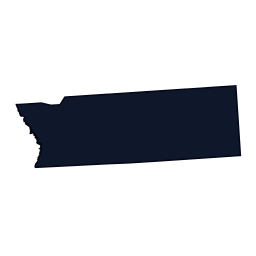 Copo, Santiago del Estero, Argentina, rotated 356°
{"feature_id": "61730980B42398597949751", "entity_name": "Copo", "entity_type": "district", "adm_level": 2, "iso_a3": "ARG", "parent_name": "Argentina", "parent_adm1": "Santiago del Estero", "projection": "natural_earth1", "projection_center": [-63.674, -25.942], "detail": "fine", "context": "isolated", "style": "filled", "palette": "ink", "viewbox_px": 256, "rotation_deg": 356, "n_neighbors": 0, "source": "geoboundaries", "source_scale": "gbopen_adm2", "svg_char_len": 4717}
<svg xmlns="http://www.w3.org/2000/svg" viewBox="0 0 256 256"><g transform="rotate(356 128 128)"><path d="M238.2,163.2L238.5,93.5L67.2,92.8L61.8,100.1L52.7,100.0L43.3,97.1L21.9,97.0L17.5,96.8L18.3,96.9L18.6,97.0L18.6,97.6L18.6,98.0L19.0,98.0L19.1,98.4L18.9,98.5L18.9,99.0L19.0,99.5L19.5,100.2L19.5,100.5L20.0,100.6L20.0,101.5L19.9,101.7L19.8,101.9L19.9,102.0L19.7,102.5L19.7,103.0L20.0,103.5L20.3,103.6L20.3,103.8L20.4,104.0L20.5,104.2L20.6,104.3L20.8,104.3L21.1,104.7L21.2,104.9L21.3,105.5L21.0,106.2L21.4,106.5L21.5,106.7L21.5,107.0L21.5,107.4L21.6,107.8L21.9,108.0L22.0,108.0L22.3,107.9L22.3,108.0L22.2,108.3L22.2,108.5L22.5,108.6L22.7,108.3L22.9,108.2L23.3,108.3L23.5,108.2L24.0,108.3L24.2,108.8L24.6,108.8L24.9,108.9L25.1,109.2L25.3,109.6L25.5,109.7L25.6,110.3L25.5,110.5L25.4,110.6L25.3,111.1L25.0,111.4L25.1,111.5L25.0,111.8L24.9,112.1L24.7,112.3L24.7,112.6L24.9,112.8L24.9,113.0L24.8,113.4L24.8,113.6L25.0,113.7L25.0,114.1L25.4,114.1L25.8,114.1L25.6,114.4L25.6,114.5L25.8,114.7L26.2,114.6L26.3,114.8L26.3,115.0L26.5,115.4L26.5,115.9L26.6,116.1L26.5,116.4L26.4,116.5L26.6,116.6L27.3,116.4L27.4,116.6L27.6,116.6L27.7,116.8L27.6,117.3L27.2,117.2L27.1,117.3L27.5,117.5L28.0,117.7L28.0,117.8L27.8,117.9L27.8,118.0L28.2,118.3L28.3,118.2L28.1,118.0L28.1,117.8L28.3,117.7L28.5,117.6L28.5,117.9L28.5,118.1L28.8,118.2L29.0,118.9L29.3,119.0L29.5,119.2L30.0,119.2L30.1,119.3L29.9,119.5L30.1,120.2L30.2,120.3L30.8,120.5L30.7,120.8L30.7,121.0L30.9,121.1L31.0,121.1L31.1,121.3L31.1,121.7L31.0,121.8L30.4,121.8L30.4,122.0L30.5,122.1L30.8,122.0L31.0,122.4L31.1,122.6L31.4,122.9L31.5,123.0L31.4,123.3L31.0,122.9L30.8,122.9L30.8,123.1L30.6,123.4L30.6,123.7L30.7,123.8L30.8,124.0L30.7,124.2L30.8,124.4L30.7,125.1L30.4,125.7L30.2,126.1L30.2,126.6L30.4,126.6L30.6,126.6L30.7,126.4L30.6,126.2L30.8,126.1L30.8,125.9L30.8,125.6L30.9,125.4L30.8,125.1L30.9,124.9L31.0,124.8L31.4,124.6L31.5,124.6L31.3,125.1L31.2,125.3L31.4,125.5L31.5,125.4L32.0,125.5L32.4,125.3L32.5,124.9L32.8,124.7L32.9,124.8L32.9,125.0L32.9,125.3L32.9,125.5L32.6,125.8L32.5,126.0L32.8,125.9L33.0,126.0L33.3,126.1L33.4,126.3L33.3,126.5L33.4,127.1L33.5,127.1L34.0,126.5L34.1,126.9L34.1,127.0L34.3,127.1L34.3,127.3L34.1,127.6L34.1,127.8L34.0,128.2L34.0,128.4L34.0,128.6L34.5,128.6L34.3,128.5L34.2,128.4L34.2,128.2L34.4,127.8L34.7,128.0L34.8,128.0L34.7,127.9L34.6,127.7L34.8,127.5L34.9,127.9L34.7,128.6L34.6,129.0L34.8,129.1L35.1,129.0L35.3,129.1L35.5,129.2L35.5,129.4L35.3,129.5L35.5,129.7L35.8,129.5L35.9,129.8L36.0,130.0L35.9,130.0L35.6,129.8L35.3,130.1L35.1,130.4L35.1,130.6L35.0,130.8L34.9,131.0L35.0,131.1L35.0,130.8L35.3,130.6L35.5,130.8L35.6,131.0L36.1,131.1L36.4,130.8L36.5,130.9L36.6,131.2L36.7,131.4L36.4,131.3L36.3,131.5L36.0,131.6L35.9,131.7L36.2,132.0L36.4,132.1L36.6,132.2L36.5,132.4L36.6,132.5L36.9,133.0L36.5,133.1L36.4,133.1L36.5,133.3L36.5,133.5L36.7,133.9L36.7,134.4L36.8,134.5L37.0,134.4L37.1,134.5L37.0,134.8L36.8,135.0L36.5,135.4L36.2,135.9L36.2,136.2L36.3,136.2L36.5,136.2L36.5,136.3L36.8,136.3L37.0,136.1L37.0,135.9L37.2,136.5L37.1,136.8L37.4,136.7L37.6,136.8L37.9,136.6L38.1,136.7L38.3,136.8L38.2,136.9L37.6,137.1L37.8,137.7L38.1,137.8L38.1,137.7L38.0,137.4L38.0,137.2L38.4,137.2L38.7,137.1L38.8,137.2L38.6,137.4L38.8,137.7L39.0,137.3L39.2,137.1L39.4,137.1L39.5,137.2L39.4,137.3L39.1,137.4L39.1,137.5L39.5,137.6L39.6,137.8L39.6,138.0L39.9,138.2L39.7,138.3L39.7,138.5L39.9,138.6L40.1,138.8L40.4,139.1L40.3,139.3L40.3,139.6L40.1,139.7L40.2,139.8L40.3,139.9L40.3,140.0L40.0,140.2L39.9,140.5L39.7,140.6L39.9,140.9L39.8,141.1L39.9,141.3L39.6,141.5L39.5,141.8L39.2,142.0L39.3,142.6L39.3,142.8L39.2,142.8L39.0,142.7L38.8,142.7L38.9,142.8L39.0,143.0L39.3,143.1L39.8,143.1L40.0,143.2L40.0,143.4L39.8,143.5L39.7,143.6L39.8,143.7L39.9,143.8L39.9,144.1L39.7,144.4L39.8,144.5L39.4,144.7L39.1,144.9L38.8,145.3L38.8,145.5L39.1,145.4L39.2,145.2L39.3,145.2L39.5,145.2L39.5,145.3L39.1,145.7L39.1,145.9L39.2,146.2L39.2,146.4L39.1,146.6L38.9,146.7L38.9,146.4L38.7,146.4L38.4,146.6L38.5,147.0L38.6,146.9L38.7,147.0L38.8,147.3L38.8,147.5L38.4,147.4L38.3,147.5L38.6,147.6L38.9,148.1L38.6,148.4L38.5,148.5L38.4,149.1L38.2,149.3L37.8,149.3L37.4,149.8L37.1,150.8L37.0,151.0L36.9,151.0L36.8,150.9L36.7,150.9L36.6,151.1L36.5,151.3L36.4,151.4L37.0,151.6L37.0,151.8L37.0,152.0L36.6,152.3L36.7,152.8L36.7,153.0L36.0,153.3L36.1,153.5L36.4,153.9L36.3,154.2L36.0,154.5L35.9,154.7L35.6,155.1L35.5,155.3L35.2,155.6L35.1,155.8L35.2,156.0L34.9,156.0L34.6,156.2L34.6,156.4L34.5,157.0L34.4,157.2L33.8,157.1L33.2,158.3L33.0,158.8L33.1,159.3L33.3,159.6L33.5,159.8L33.4,159.9L33.2,159.7L32.9,159.8L32.9,160.1L32.7,160.2L32.8,160.5L33.2,160.5L33.3,160.6L33.3,160.8L53.9,161.2L106.0,162.2L126.1,162.8L153.8,163.0L238.2,163.2Z" fill="#0f172a" stroke="#020617" stroke-width="1.5"/></g></svg>